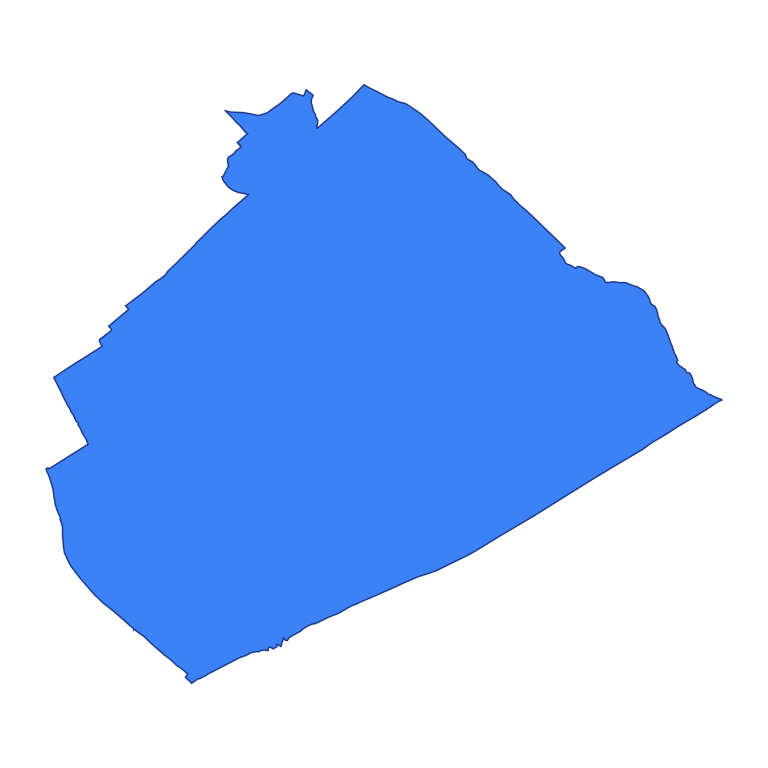 outline of Lozna, Botosani, Romania
{"feature_id": "2599482B52450047421135", "entity_name": "Lozna", "entity_type": "district", "adm_level": 2, "iso_a3": "ROU", "parent_name": "Romania", "parent_adm1": "Botosani", "projection": "robinson", "projection_center": [26.277, 47.936], "detail": "fine", "context": "isolated", "style": "filled", "palette": "blue", "viewbox_px": 768, "rotation_deg": 0, "n_neighbors": 0, "source": "geoboundaries", "source_scale": "gbopen_adm2", "svg_char_len": 6022}
<svg xmlns="http://www.w3.org/2000/svg" viewBox="0 0 768 768"><path d="M470.2,554.0L476.5,550.3L500.2,535.8L535.9,514.7L566.1,495.7L596.2,477.0L623.3,460.8L642.0,449.8L647.9,445.4L653.0,442.0L666.7,433.9L678.5,426.2L698.9,414.2L704.6,410.6L712.8,405.2L715.3,403.5L718.7,401.4L721.9,400.0L720.2,398.9L717.8,398.2L712.8,396.0L710.3,394.7L708.1,394.1L707.2,393.2L706.2,392.2L705.4,391.9L704.0,390.9L701.9,390.0L700.4,389.3L697.0,387.8L695.6,387.0L695.1,386.2L694.7,384.7L693.9,384.0L693.2,382.6L692.8,380.2L692.7,379.1L690.9,374.9L689.7,373.3L689.5,373.1L688.7,372.8L686.7,372.6L686.1,372.0L685.5,369.8L685.3,369.5L683.6,368.6L682.6,367.8L681.0,366.8L678.8,365.2L677.7,363.9L676.8,362.5L676.5,361.5L677.8,360.5L677.0,358.4L675.8,355.3L674.1,353.2L673.8,351.2L672.6,348.1L672.0,345.6L670.9,343.6L669.7,339.7L668.7,337.2L668.4,336.4L668.4,335.7L667.6,334.3L666.9,332.8L666.8,331.8L666.2,330.5L665.4,329.1L664.3,327.5L661.9,325.0L660.3,323.0L659.9,322.2L659.7,320.5L659.4,319.2L658.9,317.9L658.1,317.1L657.9,315.7L657.8,313.9L657.1,311.8L656.6,309.9L655.8,308.0L654.8,306.2L652.7,305.0L651.4,304.3L650.4,302.5L649.4,298.9L648.8,297.9L648.0,295.9L646.5,294.3L644.9,291.7L643.4,290.4L641.6,289.3L639.8,288.5L637.9,287.1L636.6,286.6L634.8,286.2L632.1,285.3L630.1,284.6L628.3,283.6L626.7,283.0L625.8,282.8L624.1,282.6L622.7,282.6L620.3,282.8L619.1,282.5L613.6,281.8L612.6,281.9L609.8,282.4L606.4,282.5L605.5,282.4L604.4,280.2L603.4,278.3L602.5,277.4L599.9,276.4L595.1,274.6L590.5,271.7L587.0,269.6L584.0,268.2L583.0,267.9L580.6,267.0L578.9,266.6L577.9,266.6L577.5,266.8L576.5,267.4L575.9,268.5L570.8,265.4L567.1,264.1L565.4,263.0L565.0,261.9L563.8,259.0L561.0,255.8L559.6,253.5L559.8,252.0L561.3,250.7L564.1,248.8L565.1,248.0L553.9,237.0L547.0,230.4L543.8,227.3L530.9,214.8L525.1,209.6L520.0,205.3L516.4,201.7L513.5,198.9L512.4,197.2L510.4,194.6L507.6,192.6L503.0,189.8L498.7,185.6L495.5,181.5L493.1,179.6L488.4,175.2L481.6,171.3L479.6,170.6L477.0,167.6L475.5,165.2L472.4,161.8L467.1,158.9L465.2,154.3L459.2,148.5L445.0,136.5L436.2,127.9L427.9,120.0L420.0,113.2L419.1,113.0L417.4,111.4L413.6,108.8L410.2,106.6L406.8,104.3L404.9,103.4L398.0,101.7L396.6,100.9L393.8,99.5L387.0,96.9L378.1,92.1L369.4,87.9L367.2,86.6L364.5,85.2L364.1,84.7L352.2,97.0L338.9,109.4L318.4,127.4L317.1,128.2L316.8,127.9L317.4,123.9L317.8,120.7L316.9,118.6L315.7,117.0L315.5,114.7L314.0,112.2L312.9,109.1L312.4,106.4L311.4,103.5L311.3,102.3L311.3,100.9L311.5,99.2L313.2,95.3L306.1,89.8L305.9,90.1L305.7,91.2L305.2,92.1L305.1,93.1L304.1,95.0L303.5,95.6L303.0,95.8L297.4,94.1L293.9,93.0L293.1,92.9L291.8,93.5L290.8,94.1L289.9,94.9L288.9,95.9L284.0,100.3L280.5,103.2L277.4,105.5L273.4,108.2L270.3,110.5L268.3,112.1L266.7,113.0L260.3,115.1L258.0,115.4L256.3,115.3L254.8,114.9L252.7,114.3L249.9,113.7L245.8,113.1L243.4,112.6L236.4,112.3L234.9,112.3L232.4,112.2L230.1,112.0L227.6,111.3L225.5,110.8L225.8,111.2L232.2,117.6L234.6,120.3L236.1,122.1L237.8,123.7L239.5,125.1L240.7,126.6L244.3,130.7L245.8,132.6L247.6,133.8L246.0,135.0L237.3,142.7L239.6,144.6L239.2,144.8L241.2,146.7L239.4,148.1L238.7,149.0L237.4,149.8L235.9,150.9L234.9,152.0L234.7,152.9L231.9,155.1L229.6,156.5L228.4,157.4L227.6,158.8L227.6,160.6L228.2,164.6L228.5,166.0L227.5,167.8L223.3,176.1L221.9,176.8L223.4,180.8L228.3,187.1L233.5,190.6L238.7,192.6L240.6,192.8L245.7,193.9L248.6,194.5L240.4,201.7L232.9,208.2L225.6,215.1L224.3,216.2L221.9,218.1L219.6,220.1L214.6,225.0L211.9,227.4L210.3,228.9L208.7,230.6L207.0,232.3L206.0,233.3L204.6,234.8L203.1,236.4L200.0,239.1L198.3,240.8L195.4,244.2L194.1,245.6L175.6,264.0L172.4,266.9L168.9,270.2L167.2,271.9L166.7,273.1L165.9,274.3L164.6,275.5L160.7,278.6L155.7,281.8L143.3,292.4L142.5,293.1L125.6,305.9L128.7,309.4L117.2,319.0L108.7,326.3L111.3,329.0L111.5,329.9L111.0,330.8L105.9,334.7L102.6,337.3L100.1,338.9L99.3,340.1L100.0,342.2L100.8,344.0L102.1,346.4L68.5,367.7L53.8,377.5L61.6,393.0L63.1,396.5L65.6,401.4L67.2,404.5L69.7,408.6L70.9,411.3L71.6,412.8L72.4,413.3L74.6,417.7L76.0,421.1L76.5,421.8L77.7,422.5L78.3,422.9L78.4,423.3L78.4,424.0L78.1,425.1L78.4,425.6L79.7,427.3L82.9,434.1L83.3,434.9L84.7,436.9L86.0,439.0L86.4,439.9L87.1,441.9L88.1,444.2L70.3,455.4L48.9,468.9L48.0,467.9L46.6,468.7L46.1,468.7L46.3,469.6L46.6,470.8L46.9,471.7L48.4,474.6L49.7,478.0L50.7,481.5L52.0,485.6L52.6,487.9L53.1,489.5L53.6,493.6L53.8,494.5L53.9,495.5L53.9,496.5L54.0,497.4L54.4,498.7L54.8,500.2L54.9,501.2L54.9,502.2L55.0,503.3L55.1,504.0L56.0,506.6L56.4,508.2L57.8,512.0L60.7,518.7L60.0,519.5L61.1,522.0L61.8,524.2L62.3,526.4L62.5,528.1L62.6,531.6L62.5,535.8L62.6,537.5L63.2,541.9L63.4,546.1L64.4,552.4L64.7,553.6L66.1,556.2L67.1,558.7L67.9,560.4L68.7,562.1L70.3,565.0L71.4,566.8L72.5,568.3L73.5,569.4L75.0,571.6L78.2,575.7L79.9,577.9L81.1,579.4L88.3,587.6L92.7,592.7L95.5,595.7L98.5,598.5L102.8,602.7L104.6,604.2L108.8,607.4L115.7,613.0L121.8,618.4L124.5,620.6L128.7,624.6L131.9,627.1L133.4,628.7L133.9,629.5L133.9,630.1L134.6,629.6L138.3,632.4L143.7,636.3L144.9,637.3L147.6,640.0L150.6,642.8L154.0,646.0L156.4,647.9L158.4,649.8L160.6,651.6L164.1,654.8L166.7,656.7L168.7,658.1L173.8,662.6L174.8,663.7L176.2,664.9L177.8,666.3L178.8,666.9L180.8,668.1L183.1,669.9L187.7,674.0L186.1,676.1L185.8,676.8L185.5,677.2L191.6,683.3L197.8,678.9L199.8,678.6L206.3,675.3L207.6,674.2L222.8,666.3L234.8,660.2L239.2,657.8L245.7,655.5L248.5,654.3L248.9,653.3L252.4,652.5L256.3,651.6L258.5,651.8L259.9,651.0L262.5,650.3L265.3,649.9L266.6,650.7L268.3,650.2L268.0,648.7L268.8,647.5L270.5,647.1L271.6,647.9L273.2,648.9L273.8,648.6L275.0,647.8L276.8,646.7L276.8,644.5L278.1,644.7L279.4,645.7L281.0,646.5L282.1,642.1L283.4,638.1L285.4,640.3L287.3,640.5L288.2,639.5L288.3,638.2L291.8,635.9L297.8,632.7L301.3,630.7L301.9,629.7L305.6,627.2L308.6,625.6L313.3,623.6L314.2,624.0L318.8,622.0L328.3,617.3L338.7,613.2L347.3,608.2L347.8,607.8L349.4,607.1L350.5,606.3L351.3,605.9L353.7,605.0L356.7,604.0L358.9,602.7L361.9,601.4L365.0,600.0L366.5,599.5L372.4,596.9L378.8,594.2L386.3,590.9L404.3,582.7L417.9,576.8L435.9,570.9L470.2,554.0Z" fill="#3b82f6" stroke="#1e3a8a" stroke-width="1.5"/></svg>